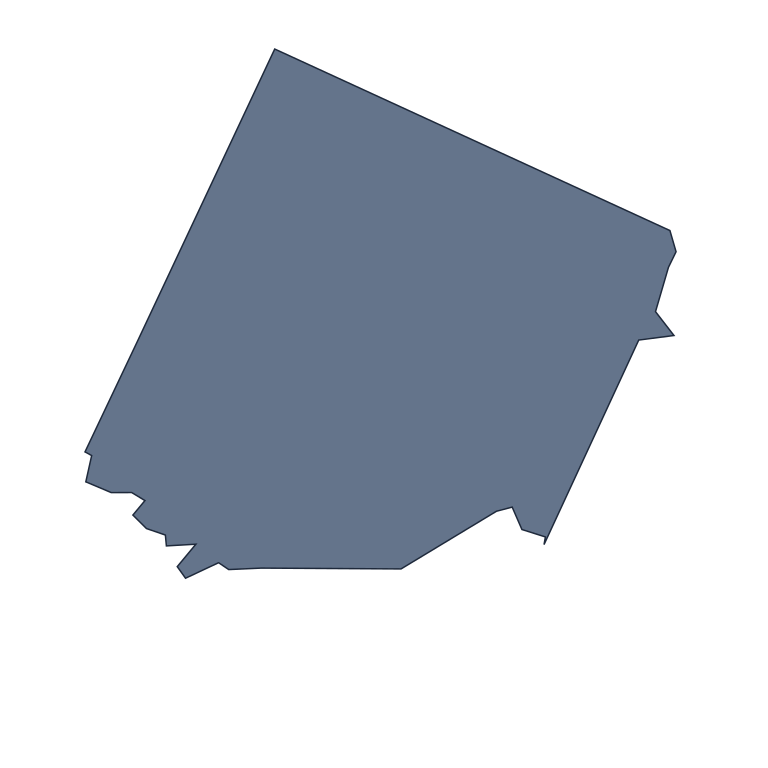 the district of Upshur, Texas, United States of America, rotated 25°
{"feature_id": "52423323B81614927564615", "entity_name": "Upshur", "entity_type": "district", "adm_level": 2, "iso_a3": "USA", "parent_name": "United States of America", "parent_adm1": "Texas", "projection": "equal_earth", "projection_center": [-94.917, 32.71], "detail": "fine", "context": "isolated", "style": "filled", "palette": "slate", "viewbox_px": 768, "rotation_deg": 25, "n_neighbors": 0, "source": "geoboundaries", "source_scale": "gbopen_adm2", "svg_char_len": 566}
<svg xmlns="http://www.w3.org/2000/svg" viewBox="0 0 768 768"><g transform="rotate(25 384 384)"><path d="M596.9,461.9L596.4,273.2L596.3,236.5L626.3,217.5L599.5,203.7L592.5,158.0L592.8,140.7L578.3,124.1L143.4,126.6L142.5,450.2L141.7,571.9L149.3,572.4L155.1,598.7L182.7,597.7L201.2,589.0L216.6,590.7L211.8,608.9L229.8,615.4L249.7,613.3L255.2,622.7L281.2,608.7L273.8,636.9L286.2,643.9L309.5,616.0L309.8,615.9L321.7,617.8L350.6,602.7L477.6,544.4L539.7,451.8L552.2,441.4L570.5,457.6L594.9,454.4L596.9,461.9Z" fill="#64748b" stroke="#1e293b" stroke-width="1.5"/></g></svg>